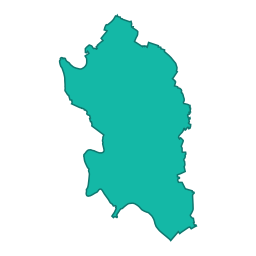 outline of Hoai Duc, Ha Noi, Vietnam
{"feature_id": "81297802B48396752750587", "entity_name": "Hoai Duc", "entity_type": "district", "adm_level": 2, "iso_a3": "VNM", "parent_name": "Vietnam", "parent_adm1": "Ha Noi", "projection": "natural_earth1", "projection_center": [105.698, 21.023], "detail": "fine", "context": "isolated", "style": "filled", "palette": "teal", "viewbox_px": 256, "rotation_deg": 0, "n_neighbors": 0, "source": "geoboundaries", "source_scale": "gbopen_adm2", "svg_char_len": 5730}
<svg xmlns="http://www.w3.org/2000/svg" viewBox="0 0 256 256"><path d="M160.7,47.2L158.2,46.9L158.4,45.7L148.6,42.4L147.4,46.6L147.2,47.3L146.7,47.0L146.0,46.0L145.7,46.1L145.1,46.2L144.6,46.0L144.4,46.5L143.1,45.9L142.9,45.9L142.5,46.7L134.5,41.5L136.2,37.5L137.3,35.6L137.6,34.5L137.8,31.7L137.4,31.1L136.2,30.1L132.9,28.0L133.2,26.8L131.7,27.0L131.4,25.2L131.4,24.9L131.7,24.3L131.7,23.9L131.1,21.3L129.5,21.7L122.3,19.2L122.2,18.8L121.1,18.7L120.8,18.5L120.0,16.9L119.1,17.1L117.7,16.3L117.3,15.4L116.8,16.4L115.7,15.9L115.5,16.0L113.6,19.3L112.3,20.8L111.2,21.9L107.9,24.6L107.4,24.7L106.3,24.7L105.6,25.7L104.9,27.4L104.2,29.9L107.0,30.7L106.7,31.5L101.1,38.3L103.0,40.6L100.8,42.2L97.6,45.0L97.8,45.4L97.7,45.6L96.3,46.6L96.6,47.5L97.1,48.6L96.4,49.1L95.5,48.5L94.9,48.3L93.6,48.6L93.3,48.3L92.8,47.7L92.0,46.3L91.3,45.8L90.7,45.5L89.5,45.1L89.2,45.0L86.6,47.2L85.3,48.7L85.4,52.5L86.5,52.8L87.6,51.3L88.9,53.3L87.4,54.5L85.1,56.0L86.2,57.7L86.5,58.2L86.6,58.8L86.7,59.8L86.7,62.8L86.5,63.8L86.2,64.7L85.8,65.4L85.2,66.3L84.6,66.9L83.8,67.6L81.5,68.9L80.5,69.0L79.7,69.0L76.1,68.1L75.5,67.9L73.8,67.2L73.0,66.7L70.5,64.6L69.8,63.7L69.3,63.0L68.5,62.4L67.5,61.8L66.7,61.2L65.9,60.2L65.5,58.9L65.0,58.3L64.8,58.2L64.2,58.4L63.8,58.1L63.5,58.3L63.2,58.7L62.9,58.7L62.7,58.1L62.4,57.8L61.9,57.6L61.5,57.6L60.7,58.0L60.3,58.5L60.5,59.3L60.6,59.7L59.9,60.3L59.6,60.9L59.6,61.5L59.7,62.4L60.1,64.2L60.8,66.4L62.0,68.0L62.6,69.6L63.8,73.2L64.6,76.8L64.8,78.5L64.8,80.2L65.1,85.2L65.0,86.3L65.2,88.2L65.0,89.7L65.0,90.6L65.4,91.4L65.8,91.9L67.3,94.3L67.7,94.9L68.4,95.3L68.7,95.4L70.0,99.9L71.7,100.1L72.1,102.6L71.9,103.4L71.6,103.8L79.6,107.5L81.5,107.9L81.5,108.3L83.7,108.7L84.4,110.0L85.1,109.8L86.6,111.0L87.0,111.6L87.2,112.1L86.8,113.4L86.9,114.0L87.3,114.5L87.9,114.9L89.6,115.5L90.4,118.1L89.6,118.4L90.5,121.6L90.8,121.8L91.4,121.8L92.0,124.5L91.8,125.9L103.8,134.9L102.9,137.2L102.9,138.3L102.8,139.2L102.5,140.0L102.5,140.7L102.5,141.1L102.9,142.3L103.0,142.6L102.7,143.5L102.8,144.4L103.9,149.0L104.1,150.6L103.8,151.4L103.2,152.2L102.4,152.6L101.6,152.9L99.6,152.9L98.8,152.7L96.8,152.0L95.0,151.2L94.2,150.8L92.3,150.4L90.8,149.8L88.9,149.9L88.0,150.2L87.2,150.8L86.4,151.6L85.4,153.0L84.4,154.1L83.9,154.7L83.9,155.3L83.8,156.2L84.1,157.4L84.3,159.1L84.6,160.8L85.4,163.0L86.5,165.4L87.5,167.4L87.8,167.9L88.5,168.4L88.7,168.6L88.9,169.0L88.9,169.3L88.6,170.5L88.6,170.9L89.3,173.1L89.4,174.4L89.2,176.5L88.8,180.5L88.3,184.7L87.9,186.7L87.2,188.5L86.8,189.0L86.5,189.3L86.4,189.5L86.4,189.9L86.5,190.8L86.5,191.5L86.3,192.6L86.2,193.6L86.3,194.4L86.6,195.2L87.0,195.7L87.6,196.0L88.5,196.1L90.4,195.7L92.4,194.7L95.0,193.1L96.9,192.2L97.3,191.8L98.0,191.0L98.8,189.8L99.2,189.5L99.8,189.2L100.6,189.1L101.1,189.2L101.6,189.6L102.4,190.6L104.4,194.0L108.4,199.5L110.2,202.6L110.9,203.2L112.3,204.2L112.7,204.8L112.9,205.0L113.1,205.7L113.3,205.9L113.6,206.0L114.0,206.0L114.7,205.8L115.4,205.7L115.7,205.9L116.0,206.2L116.1,206.5L116.1,206.8L115.7,207.3L115.7,207.6L116.1,208.2L116.2,208.4L114.5,212.2L111.9,216.1L113.4,217.6L114.3,216.8L115.1,216.6L116.9,217.5L117.2,217.2L117.3,216.9L116.8,215.2L116.8,214.7L120.1,209.6L120.8,208.9L122.2,208.5L123.1,207.8L124.4,206.6L126.8,204.7L128.4,203.7L129.3,203.5L131.9,203.2L133.0,203.2L134.8,203.7L137.4,205.3L138.8,206.4L139.6,207.2L141.5,209.4L142.1,209.9L144.4,211.2L146.9,212.2L148.4,212.6L150.8,214.9L151.9,216.0L152.7,217.3L153.7,219.1L154.4,221.1L155.0,223.6L156.1,226.5L157.8,228.7L159.4,230.6L161.5,232.5L169.8,239.4L170.7,240.6L178.3,231.7L179.7,233.6L181.1,232.4L188.3,227.5L189.8,227.0L191.2,228.8L194.8,226.7L196.4,226.0L195.8,224.9L194.5,225.2L193.5,222.7L194.2,222.3L193.8,220.9L193.4,218.3L192.5,218.2L192.0,217.8L191.6,217.3L190.9,216.8L190.3,215.5L190.4,214.8L191.3,213.5L192.7,210.6L193.1,209.1L193.0,204.5L192.6,196.7L192.6,195.6L192.7,194.7L193.2,194.0L194.1,193.2L194.1,192.6L193.7,192.0L192.3,192.0L192.2,190.8L185.4,188.8L184.7,187.6L182.1,182.4L178.5,182.3L177.6,180.2L177.8,179.4L178.2,178.6L178.7,178.6L179.3,178.4L179.5,178.1L179.5,177.7L179.2,177.3L177.4,176.8L177.4,174.8L180.7,173.6L185.2,171.5L184.1,166.6L184.6,165.9L184.9,164.7L184.6,161.5L183.9,160.5L183.8,159.6L184.2,158.8L184.9,157.8L185.2,156.6L185.1,155.6L185.1,155.3L185.3,154.9L185.7,154.4L185.8,153.9L185.8,153.5L185.7,152.7L185.6,152.2L182.3,152.2L182.1,151.4L182.1,148.1L181.2,146.3L183.1,141.5L183.2,140.4L181.2,138.3L180.8,138.0L180.4,137.8L180.0,138.0L179.7,138.8L179.5,139.0L179.1,138.5L178.6,137.7L178.6,137.0L178.8,136.2L179.3,135.4L180.0,134.5L182.2,132.2L183.0,131.0L183.9,128.5L184.4,128.4L184.7,128.6L184.6,129.7L185.2,130.1L185.5,130.0L185.7,129.8L187.4,127.5L187.8,127.3L188.1,127.3L188.5,127.5L188.7,128.7L189.5,128.5L190.0,128.2L190.5,126.7L190.6,125.8L190.7,124.5L190.2,124.4L189.0,123.7L188.6,123.4L188.5,123.0L188.6,122.7L189.2,122.1L189.2,121.8L189.3,121.4L188.8,119.7L189.3,119.3L189.5,118.7L190.1,118.7L189.9,117.6L188.8,118.2L188.5,118.1L188.3,117.8L188.0,116.9L188.0,116.1L187.7,115.8L187.7,115.5L187.6,115.1L187.7,114.8L187.9,114.5L188.7,114.4L189.4,114.1L189.7,113.7L189.9,113.5L189.9,113.2L189.2,113.0L189.0,112.3L190.5,112.0L190.1,109.8L190.6,109.1L190.5,108.1L189.7,107.9L189.5,106.9L190.1,106.7L190.0,105.4L189.3,105.3L188.3,104.7L187.2,104.3L183.8,103.5L183.5,103.1L183.4,102.1L184.1,100.9L184.2,100.0L184.1,98.6L183.7,97.5L183.4,96.4L183.1,95.0L182.7,94.1L182.3,93.1L181.6,93.0L181.4,92.7L181.4,92.0L181.6,90.8L181.5,90.3L181.2,89.6L180.0,88.5L179.0,88.1L177.9,87.9L177.6,86.8L174.5,85.9L175.5,82.4L175.6,81.9L174.9,81.3L175.0,80.8L172.5,78.7L173.1,78.0L177.3,71.7L176.4,71.0L176.8,69.7L177.0,67.6L175.7,63.4L171.1,57.7L168.7,55.3L164.4,51.6L164.6,49.9L160.8,48.7L160.9,47.7L160.7,47.2Z" fill="#14b8a6" stroke="#0f766e" stroke-width="1.5"/></svg>